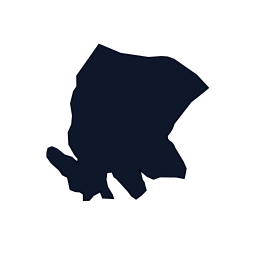 SVG path tracing the border of Bururi, rotated 129°
{"feature_id": "BDI-2637", "entity_name": "Bururi", "entity_type": "Province", "adm_level": 1, "iso_a3": "BDI", "parent_name": "Burundi", "parent_adm1": "", "projection": "albers", "projection_center": [29.663, -3.868], "detail": "fine", "context": "isolated", "style": "filled", "palette": "ink", "viewbox_px": 256, "rotation_deg": 129, "n_neighbors": 0, "source": "natural_earth", "source_scale": "10m", "svg_char_len": 1075}
<svg xmlns="http://www.w3.org/2000/svg" viewBox="0 0 256 256"><g transform="rotate(129 128 128)"><path d="M81.4,203.1L74.9,180.7L60.5,156.3L51.6,146.8L48.1,141.8L45.9,135.5L43.9,108.0L46.3,91.0L52.1,92.1L68.0,95.7L95.6,95.1L100.6,93.4L105.8,92.7L109.5,92.8L111.9,90.3L112.3,87.4L112.1,84.5L112.8,81.7L114.2,79.2L119.8,63.8L123.0,57.6L127.3,55.1L131.8,52.9L135.6,59.9L145.5,72.4L151.6,76.2L153.3,82.7L153.1,92.5L159.4,84.5L160.4,81.2L162.8,78.2L165.0,74.9L171.7,75.5L178.0,77.2L178.4,82.4L177.0,87.7L174.3,105.1L174.6,107.8L173.4,110.2L171.9,112.5L175.8,116.7L182.1,112.8L186.8,107.1L189.9,98.5L191.9,95.2L198.1,103.7L194.7,109.5L202.3,112.6L208.5,112.8L212.1,117.0L207.3,120.9L207.8,125.4L210.3,129.0L212.0,134.2L204.2,143.8L205.4,149.6L203.8,154.9L203.2,165.9L201.2,172.8L198.0,175.3L194.1,177.1L190.7,175.3L189.1,169.7L189.2,160.6L186.3,153.1L186.6,148.9L186.3,145.5L183.0,147.3L182.1,152.6L177.8,163.5L169.0,171.4L160.5,173.8L153.2,178.7L144.9,187.9L133.8,193.1L127.7,193.7L119.7,200.4L84.3,202.8L81.4,203.1Z" fill="#0f172a" stroke="#020617" stroke-width="1.5"/></g></svg>